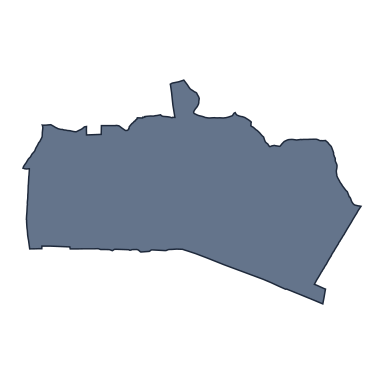 Lat Krabang, Bangkok Metropolis, Thailand (orthographic projection)
{"feature_id": "78962969B46231034587858", "entity_name": "Lat Krabang", "entity_type": "district", "adm_level": 2, "iso_a3": "THA", "parent_name": "Thailand", "parent_adm1": "Bangkok Metropolis", "projection": "orthographic", "projection_center": [100.783, 13.745], "detail": "fine", "context": "isolated", "style": "filled", "palette": "slate", "viewbox_px": 384, "rotation_deg": 0, "n_neighbors": 0, "source": "geoboundaries", "source_scale": "gbopen_adm2", "svg_char_len": 5938}
<svg xmlns="http://www.w3.org/2000/svg" viewBox="0 0 384 384"><path d="M325.5,289.1L323.7,288.4L317.1,285.4L314.4,284.3L316.9,279.6L318.3,277.4L319.9,274.7L320.4,273.8L320.8,273.2L320.9,272.7L322.3,270.8L322.5,270.2L323.1,269.3L324.1,267.9L324.3,267.4L324.6,266.7L326.6,263.8L327.1,262.7L328.2,260.7L328.3,260.6L328.7,259.7L329.1,259.2L329.5,258.4L329.8,258.1L330.3,257.2L331.2,255.9L331.2,255.6L331.3,255.5L332.3,253.4L332.7,253.0L333.2,252.0L334.1,250.9L334.6,249.8L337.2,245.6L337.9,244.5L338.4,243.8L338.5,243.5L338.6,243.0L338.7,242.7L339.6,241.5L339.9,241.2L340.9,239.2L341.3,238.9L342.7,236.4L344.3,234.1L344.7,233.2L345.7,231.6L347.1,229.1L351.4,222.1L352.6,219.9L355.7,214.8L356.1,214.2L356.5,213.7L357.2,212.3L358.2,210.5L361.0,206.3L359.6,206.0L358.5,205.9L357.2,205.6L355.5,205.2L354.8,205.0L354.2,204.7L353.1,203.7L352.0,202.1L351.5,201.1L351.3,200.5L350.7,198.8L350.4,198.1L349.9,197.3L349.7,197.0L349.3,196.9L347.3,191.7L345.9,190.4L342.1,185.4L341.9,184.8L340.3,182.6L339.8,181.7L339.5,181.0L337.9,178.2L337.0,176.2L336.7,175.1L336.8,174.6L336.7,174.2L336.5,173.2L336.3,171.1L336.4,170.3L336.7,168.9L336.9,167.6L337.0,166.2L337.0,165.4L336.9,164.9L336.5,163.7L336.0,162.7L335.3,161.1L335.3,160.7L335.2,160.1L335.2,159.3L335.3,159.1L335.2,158.9L335.2,158.2L334.4,156.7L334.0,155.4L333.7,154.8L333.6,154.3L333.6,153.4L333.6,152.8L333.1,151.3L331.6,147.3L331.2,146.4L329.3,144.4L328.5,143.5L328.0,142.7L327.0,141.8L325.8,140.9L325.6,140.5L322.9,140.7L322.0,140.7L321.6,140.6L320.4,140.7L319.1,140.3L318.7,140.1L318.0,139.7L317.0,139.4L316.1,139.2L315.5,139.2L309.6,139.3L308.1,139.4L303.5,139.4L301.5,139.6L301.2,139.6L301.0,139.4L298.2,139.8L296.6,140.0L293.2,139.5L292.0,139.4L289.9,139.5L288.7,139.6L287.3,140.0L284.2,141.5L281.9,143.9L280.4,145.8L280.1,146.1L279.8,146.3L279.2,146.3L276.7,145.9L275.4,145.7L274.4,145.4L271.8,145.9L270.5,146.5L270.1,146.5L269.7,146.6L269.4,146.3L268.9,145.8L268.6,145.3L268.3,144.9L267.8,144.0L266.2,142.8L265.3,141.8L264.6,140.1L263.6,137.0L263.0,136.5L262.2,135.8L260.7,134.1L259.8,133.0L258.3,131.5L257.1,130.4L256.5,130.1L256.0,129.7L255.0,128.8L253.9,127.8L253.2,127.2L252.5,126.9L251.3,126.2L250.8,125.7L251.0,125.1L251.0,123.0L251.2,122.7L251.2,122.1L251.0,121.7L248.8,120.0L244.8,117.5L242.5,116.7L241.9,116.6L241.0,116.5L238.9,115.9L237.1,115.1L236.6,114.8L236.4,114.6L236.1,114.1L235.8,113.7L235.2,112.6L234.2,113.1L233.8,113.5L233.6,113.8L232.6,115.4L232.3,115.7L231.6,116.0L228.3,117.1L225.9,117.7L224.0,117.9L223.5,118.0L221.5,117.9L219.9,117.8L217.3,117.9L215.0,117.8L214.5,117.7L212.3,117.8L209.5,118.0L207.8,117.9L206.2,117.6L205.4,117.5L205.2,117.5L203.9,116.9L202.2,116.4L198.9,115.6L197.7,115.2L195.0,113.9L194.3,113.5L193.8,113.0L193.7,112.6L193.6,112.0L193.7,111.7L194.8,109.7L195.3,109.0L197.0,106.9L197.6,105.9L198.3,104.5L198.6,103.7L198.8,102.5L198.8,101.5L199.2,98.8L199.2,98.4L198.8,97.2L198.5,96.5L197.6,95.0L196.6,93.0L196.4,92.8L195.5,92.2L194.7,92.0L192.5,90.4L191.4,89.8L190.2,88.9L189.2,87.6L187.3,84.7L183.8,80.1L183.0,80.4L178.7,81.8L174.2,82.7L172.2,83.1L170.3,84.2L170.4,84.4L171.6,92.7L172.5,101.4L172.9,105.1L174.9,117.4L172.7,117.3L172.2,117.7L171.2,117.6L170.5,117.3L169.3,117.0L167.2,116.7L163.3,116.4L162.7,116.3L161.8,115.9L161.0,115.3L160.6,114.8L157.1,115.5L155.2,115.7L154.5,115.9L153.4,116.1L152.1,116.1L151.0,116.0L149.3,116.1L146.0,116.4L144.7,116.6L144.7,117.2L142.8,117.2L142.8,117.3L142.8,117.9L142.7,118.0L137.3,117.8L137.2,117.9L137.0,118.4L137.0,118.9L136.8,119.2L135.7,120.0L135.2,120.6L134.9,121.2L134.3,121.3L134.1,121.5L133.3,122.5L132.7,123.0L132.0,123.5L130.6,125.1L129.5,126.5L129.2,126.9L129.1,128.1L128.7,128.6L128.8,129.0L128.3,129.5L127.8,130.1L127.5,130.3L127.4,130.4L125.7,130.5L125.3,130.4L124.7,130.0L124.1,129.6L121.7,127.9L119.2,126.0L118.8,125.8L117.1,125.5L116.0,125.4L115.5,125.6L101.4,125.6L101.2,134.4L100.9,134.4L87.7,134.9L86.5,134.9L86.5,134.3L86.5,133.4L86.4,129.7L86.5,126.5L84.7,126.8L84.1,127.1L83.1,128.0L81.5,129.2L78.5,130.6L77.4,131.2L76.6,131.6L76.3,131.7L75.9,131.8L74.0,131.6L72.0,131.2L70.0,130.7L67.5,130.5L66.6,130.3L65.7,130.1L64.4,130.0L63.4,129.8L62.4,129.4L60.7,129.4L59.3,129.0L58.0,128.7L56.8,128.0L55.8,127.6L54.8,127.0L53.5,126.2L51.0,124.8L50.8,124.7L48.5,124.9L48.1,124.9L46.6,125.1L43.7,125.2L42.3,125.1L42.4,125.3L42.6,126.3L42.8,127.1L42.8,128.2L42.3,132.7L42.3,133.4L42.2,136.3L41.9,137.3L41.6,138.0L40.0,141.1L39.8,141.5L38.6,142.9L37.8,144.7L35.9,148.0L35.3,149.4L35.1,150.1L34.7,151.0L33.9,152.0L32.5,153.5L32.0,154.1L31.2,155.5L30.6,156.7L29.9,157.5L28.8,158.5L28.2,159.3L26.8,161.6L26.4,162.4L25.6,163.5L25.0,164.3L24.0,165.8L23.4,166.9L23.0,168.2L23.6,168.3L24.4,168.7L26.5,169.0L29.3,168.7L29.4,168.9L29.3,169.1L29.3,169.4L29.3,171.0L29.2,172.0L29.0,175.3L28.8,176.6L28.4,184.2L28.2,185.7L28.2,186.9L28.0,192.8L27.8,195.1L27.8,196.4L27.7,198.7L27.4,201.3L27.3,203.1L27.4,204.8L27.4,205.1L27.2,205.8L27.2,206.3L27.0,210.1L26.9,212.2L26.6,215.6L26.4,219.4L26.4,219.6L26.5,219.7L26.6,219.9L26.6,222.1L26.8,225.5L27.0,228.2L27.3,230.1L27.6,234.1L27.6,234.8L28.2,238.7L28.5,240.1L29.7,248.9L35.8,248.8L38.6,248.7L40.0,248.7L41.8,248.7L41.9,246.1L50.0,246.1L69.8,246.9L70.2,248.9L71.5,248.9L78.0,248.9L83.6,248.8L94.0,248.8L97.1,248.7L98.3,248.7L100.6,249.5L104.5,249.5L109.2,249.6L110.1,249.8L112.3,250.7L112.5,250.6L113.3,250.1L114.3,249.4L114.9,249.3L116.7,249.3L128.7,249.7L128.8,249.7L129.4,250.1L129.9,250.2L130.9,250.1L131.2,250.0L131.9,249.6L132.1,249.6L136.6,249.5L137.2,249.6L138.3,250.0L138.8,250.4L140.4,251.8L140.8,252.0L141.0,252.0L149.3,251.4L149.7,251.2L150.5,250.5L150.8,250.3L151.1,250.1L151.8,249.9L154.0,250.0L165.3,250.6L166.2,250.5L168.1,249.7L169.0,249.5L172.5,249.4L173.6,249.3L176.6,249.1L182.6,249.3L185.1,250.2L186.8,250.7L195.6,253.6L206.9,257.9L224.2,264.8L244.4,272.3L262.9,279.2L271.0,282.6L279.2,286.4L285.5,289.2L286.7,289.1L308.6,298.0L322.8,303.9L324.0,297.7L325.2,290.6L325.5,289.1Z" fill="#64748b" stroke="#1e293b" stroke-width="1.5"/></svg>